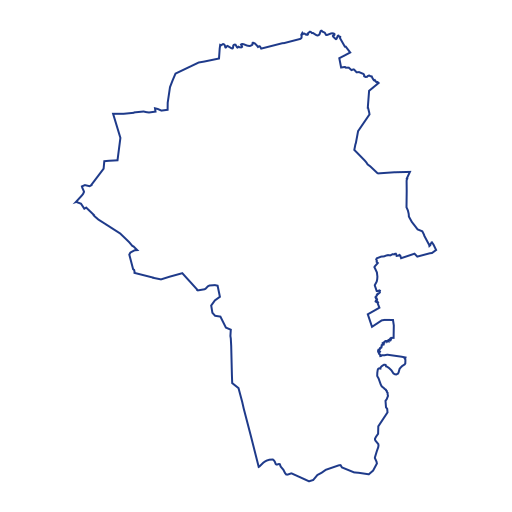 outline of Vārkavas pag., Varkavas, Latvia
{"feature_id": "27541924B75786186829450", "entity_name": "Vārkavas pag.", "entity_type": "district", "adm_level": 2, "iso_a3": "LVA", "parent_name": "Latvia", "parent_adm1": "Varkavas", "projection": "albers", "projection_center": [26.639, 56.228], "detail": "fine", "context": "isolated", "style": "outline", "palette": "blue", "viewbox_px": 512, "rotation_deg": 0, "n_neighbors": 0, "source": "geoboundaries", "source_scale": "gbopen_adm2", "svg_char_len": 5934}
<svg xmlns="http://www.w3.org/2000/svg" viewBox="0 0 512 512"><path d="M258.7,466.9L259.3,466.6L263.4,462.6L265.3,461.3L266.9,460.5L269.5,459.7L272.8,459.5L274.1,460.6L274.9,461.9L275.6,463.8L276.0,464.3L276.8,464.6L279.0,464.0L279.8,464.2L280.7,466.6L283.4,469.8L285.0,473.0L286.2,474.5L287.6,474.6L291.2,473.4L291.6,473.4L309.0,481.3L313.2,480.0L317.4,475.0L321.7,472.7L325.8,469.8L338.6,465.4L340.3,465.1L340.6,465.2L341.9,467.4L354.1,472.4L358.8,472.8L368.8,474.3L373.1,470.6L376.9,463.5L376.5,461.6L374.9,458.1L374.9,457.5L376.8,451.2L378.2,447.3L378.5,445.5L378.3,444.1L375.5,440.7L375.0,439.7L375.0,438.7L376.1,436.6L378.1,433.8L378.3,426.3L387.5,412.4L387.2,408.9L386.0,407.3L385.5,400.8L386.7,399.2L388.0,395.9L387.6,394.2L387.6,392.8L386.9,392.0L386.8,391.0L386.0,390.4L385.9,389.7L384.6,388.9L383.7,387.9L382.3,386.9L381.5,386.0L380.7,384.4L378.6,378.5L377.4,376.4L377.2,375.7L377.3,372.7L377.7,370.0L378.1,369.0L378.4,368.7L379.0,368.4L380.4,368.6L380.5,367.6L381.6,366.3L382.9,365.4L384.1,364.7L385.6,364.9L386.1,366.4L387.1,366.7L389.1,368.1L391.4,370.3L393.4,373.4L394.7,374.2L396.2,374.5L398.0,373.6L398.6,372.4L399.6,368.8L400.7,367.5L402.2,366.0L404.7,364.4L405.3,363.4L405.4,360.0L405.3,359.2L404.9,358.9L404.7,358.4L404.5,358.2L404.5,357.8L405.1,357.6L405.4,357.8L405.5,357.5L401.5,356.7L387.3,354.7L384.2,355.3L382.6,355.2L381.2,355.7L380.8,355.5L380.6,355.7L380.7,356.0L380.3,356.1L380.2,355.7L380.4,354.8L379.2,354.0L378.5,352.3L379.5,352.3L380.0,351.7L379.5,351.2L379.3,350.7L379.0,350.6L378.5,350.9L378.5,351.3L378.1,351.3L378.1,350.5L378.5,349.6L378.9,349.5L379.4,349.7L379.8,349.4L380.0,348.1L381.3,347.7L381.6,346.9L381.4,346.5L381.7,346.0L381.6,345.7L381.7,345.1L383.7,344.5L383.7,343.6L383.4,343.8L382.7,343.7L382.6,343.1L383.1,342.8L383.7,343.2L384.1,342.3L384.5,342.4L384.9,341.4L385.6,341.0L386.1,341.0L386.5,341.4L386.8,341.2L387.0,341.7L387.7,340.9L388.3,341.2L388.2,340.7L388.4,340.3L388.9,340.7L389.1,340.5L389.1,339.9L389.5,339.6L390.2,340.5L390.5,340.4L390.9,339.5L390.3,339.3L390.1,338.9L390.2,338.6L391.1,337.9L393.6,337.9L393.8,325.4L393.0,320.0L384.6,319.9L381.7,320.4L372.0,326.8L367.8,314.3L379.4,307.7L377.7,303.4L377.7,302.8L378.0,302.6L377.7,302.2L377.6,301.7L377.4,301.6L377.3,302.0L376.4,302.0L375.6,301.5L376.0,300.3L376.9,300.0L377.1,299.6L376.6,298.3L375.9,298.1L375.9,297.6L375.5,297.1L376.9,295.5L376.8,294.9L377.3,294.4L377.5,293.8L378.0,293.7L378.2,293.9L379.8,292.5L379.9,292.2L379.5,291.5L379.9,290.7L379.4,290.4L377.6,291.1L376.7,291.0L374.8,285.5L374.8,285.1L376.7,281.6L377.2,279.3L377.4,276.7L376.9,272.4L374.4,267.1L374.7,266.5L377.8,263.0L376.6,261.8L376.8,260.6L376.2,259.4L376.8,258.3L381.2,256.6L384.0,256.4L386.6,255.4L388.0,255.3L388.1,255.1L390.3,255.4L392.6,254.2L394.2,254.4L394.7,253.9L395.8,253.7L396.1,254.1L396.6,255.9L398.5,255.6L399.4,254.9L400.3,255.6L400.3,256.2L400.6,256.7L401.1,258.2L414.5,253.7L417.3,256.6L429.7,253.3L432.0,253.0L436.1,250.0L433.5,244.6L431.9,242.3L431.5,242.5L431.3,243.2L430.6,243.9L430.3,244.4L430.3,245.2L429.4,246.0L429.2,245.0L424.2,235.6L424.1,234.9L422.3,231.3L417.6,229.4L411.8,221.9L408.9,216.6L408.7,213.9L407.9,210.5L406.5,207.3L406.7,191.1L406.6,180.9L406.8,179.4L407.2,178.8L406.8,178.5L409.9,171.9L393.9,172.3L378.2,173.4L377.4,173.1L370.3,166.4L367.6,164.4L366.4,162.5L364.8,160.6L354.3,149.9L355.4,144.4L355.9,142.9L358.1,131.1L369.5,114.4L369.2,112.5L368.0,107.6L367.8,107.6L369.1,90.8L378.6,83.0L377.5,82.0L376.6,82.2L376.2,82.0L374.9,80.2L374.5,80.6L373.9,80.3L372.6,78.4L371.7,76.4L370.6,76.3L369.1,75.5L367.7,76.1L367.1,76.8L365.6,77.0L364.2,76.3L364.1,76.0L364.3,75.5L364.1,75.0L363.7,74.2L363.1,73.8L359.0,72.1L356.6,72.3L354.1,69.6L353.4,69.4L351.5,70.1L348.8,67.7L345.8,67.7L345.4,67.5L345.2,67.1L344.7,67.0L341.1,67.5L339.3,58.2L350.2,52.5L345.8,46.7L344.9,46.7L340.1,38.3L340.2,36.8L339.0,36.5L338.5,35.6L337.8,35.8L336.6,38.7L336.1,39.1L335.8,39.1L333.5,37.0L332.9,36.1L332.9,35.8L333.1,35.5L334.0,35.3L334.4,34.9L334.5,34.1L333.9,33.6L332.7,33.3L331.2,33.4L327.3,34.9L326.4,35.0L325.9,34.8L325.1,33.2L324.6,32.6L322.6,31.7L321.6,30.7L321.0,30.8L320.6,31.2L319.4,34.5L318.5,35.2L317.4,35.5L316.1,35.0L313.0,33.0L312.0,33.1L310.7,31.9L309.9,31.7L307.6,33.6L307.9,34.5L307.5,34.8L306.0,34.7L304.5,33.6L303.8,33.5L302.9,34.1L302.3,33.0L301.3,34.9L301.6,36.3L301.6,37.2L301.3,38.1L300.3,38.9L284.1,43.1L282.4,43.2L261.2,48.6L260.0,46.5L259.2,46.2L258.0,47.0L256.9,45.5L254.8,43.4L253.0,42.7L252.5,43.1L252.5,44.5L252.3,44.8L250.5,45.8L249.4,46.0L247.1,45.6L243.8,44.3L242.5,44.0L241.4,44.2L241.0,44.6L241.8,45.8L242.1,46.8L241.5,47.3L239.8,47.3L238.5,46.7L237.6,47.6L237.1,47.4L235.5,44.7L234.5,44.6L233.8,44.9L233.3,45.5L233.0,47.8L232.6,48.4L232.3,48.5L231.4,48.2L227.5,45.9L226.9,46.2L226.0,47.4L225.5,47.5L225.2,47.0L224.9,45.6L224.6,45.0L223.6,44.1L222.9,44.1L221.1,45.3L220.2,44.9L219.7,48.5L219.0,58.5L204.0,61.6L198.7,62.5L175.5,73.6L172.6,80.4L170.0,87.1L167.7,102.7L167.6,109.8L161.4,110.6L157.8,109.0L155.0,108.3L155.5,111.6L149.0,112.5L146.1,112.1L143.6,111.5L134.3,112.4L133.7,112.8L123.5,113.8L113.1,113.8L120.4,137.9L117.5,160.3L108.5,160.8L104.3,161.2L103.6,168.7L91.4,184.8L91.7,184.7L91.6,185.1L89.6,186.2L84.9,185.1L81.9,186.4L82.4,188.0L83.9,191.4L84.0,191.9L83.8,192.3L83.1,193.9L82.0,195.3L75.9,202.0L76.2,201.9L81.0,203.7L84.3,208.7L86.2,207.6L93.8,214.9L93.6,215.1L94.4,216.1L98.3,219.5L120.2,233.5L129.1,242.1L132.5,246.1L133.4,246.3L137.2,250.1L134.6,250.3L131.0,252.2L130.3,252.7L129.3,254.6L133.1,269.2L134.1,269.9L134.5,271.5L134.5,272.9L153.1,277.6L153.1,277.8L161.0,279.4L169.6,276.7L182.3,273.2L197.1,289.5L197.1,290.0L197.8,290.4L204.4,289.3L205.5,288.8L207.9,286.3L209.5,285.5L214.9,285.1L217.6,285.7L219.9,296.8L214.9,300.4L211.2,305.5L212.4,312.8L215.1,315.8L220.4,316.6L225.9,327.6L230.8,329.7L230.4,336.0L230.8,338.5L231.2,346.0L231.9,374.7L232.2,383.1L238.5,388.1L242.2,401.9L243.7,408.5L251.0,436.5L258.7,466.9Z" fill="none" stroke="#1e3a8a" stroke-width="2"/></svg>